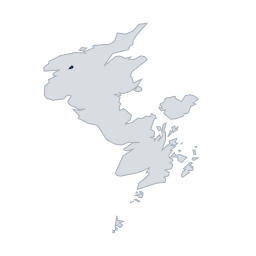 Hounslow highlighted on a map of United Kingdom, rotated 168°
{"feature_id": "GBR-2070", "entity_name": "Hounslow", "entity_type": "London Borough", "adm_level": 1, "iso_a3": "GBR", "parent_name": "United Kingdom", "parent_adm1": "", "projection": "equal_earth", "projection_center": [-0.345, 51.455], "detail": "fine", "context": "in_parent", "style": "filled", "palette": "slate", "viewbox_px": 256, "rotation_deg": 168, "n_neighbors": 0, "source": "natural_earth", "source_scale": "10m", "svg_char_len": 3946}
<svg xmlns="http://www.w3.org/2000/svg" viewBox="0 0 256 256"><g transform="rotate(168 128 128)"><path d="M138.6,193.6L125.1,200.5L121.0,200.0L116.0,196.6L110.6,197.0L112.9,195.2L108.4,193.6L100.3,195.9L96.9,194.3L94.9,190.9L112.3,182.3L115.0,178.1L113.6,176.8L113.4,170.9L104.4,173.0L110.9,166.5L118.7,163.4L125.4,162.7L128.9,164.3L127.9,161.8L129.4,161.1L131.6,163.5L134.2,163.4L129.4,159.5L131.6,155.3L129.9,153.2L132.1,151.0L132.7,146.9L128.1,147.9L121.9,139.7L123.9,135.8L130.4,132.4L122.7,132.5L116.5,135.6L112.1,134.4L108.0,136.0L103.6,134.4L102.1,137.3L98.8,134.2L98.3,131.8L100.1,131.8L106.1,122.3L103.0,118.6L104.1,114.4L107.7,114.2L103.9,112.2L104.6,110.2L98.3,115.1L98.3,111.9L101.8,108.8L95.9,112.7L95.7,117.3L92.8,124.3L89.7,124.8L93.9,116.7L92.2,116.5L93.8,108.5L99.3,99.3L92.2,103.4L85.3,100.0L91.3,97.6L89.4,96.7L93.6,93.1L94.1,90.8L90.8,88.2L90.7,86.6L94.0,85.2L91.7,83.0L93.9,79.2L100.5,79.2L96.9,75.9L98.1,72.9L102.9,72.5L101.8,70.4L103.0,67.2L111.4,68.1L131.5,66.0L129.1,71.5L117.6,77.8L116.9,79.7L119.5,80.3L115.3,84.6L127.6,82.3L145.5,82.4L148.5,84.0L149.8,86.5L138.9,101.5L126.9,106.5L133.2,105.8L136.6,107.3L136.3,108.5L125.9,112.6L119.6,111.4L130.6,114.0L137.3,112.6L144.0,114.9L151.3,121.0L157.5,137.1L165.9,140.8L174.8,148.0L173.0,149.9L177.8,157.7L172.0,155.3L166.1,155.5L171.6,156.1L180.2,162.9L181.5,166.2L176.8,171.1L180.4,173.0L184.7,169.9L195.6,170.7L201.5,174.0L202.9,177.4L200.7,186.3L195.2,189.2L195.9,191.6L187.8,193.9L190.1,194.7L190.0,197.0L182.8,199.0L198.1,201.0L197.9,204.6L192.4,207.2L191.2,209.6L179.4,212.8L164.0,212.8L154.2,210.2L155.4,211.7L144.6,213.6L145.6,215.5L144.5,216.0L129.5,213.8L123.1,215.4L118.7,223.2L110.7,220.2L102.3,222.2L96.0,227.2L87.6,226.5L99.8,217.4L104.8,212.6L105.9,208.6L109.4,207.6L111.2,204.5L127.5,204.1L138.6,193.6ZM84.9,149.3L75.3,149.2L75.5,147.2L70.2,142.6L65.2,147.8L60.9,147.6L57.2,146.2L53.1,141.7L59.1,139.1L56.9,137.2L62.4,135.9L65.2,131.0L67.7,129.8L69.4,130.6L71.8,128.1L79.0,127.1L84.1,127.5L90.0,134.9L87.5,138.2L91.9,137.8L93.5,140.9L93.3,142.0L90.5,139.9L90.6,143.1L92.1,143.3L91.3,145.1L87.9,145.8L84.9,149.3ZM85.7,70.7L83.7,73.8L80.2,75.5L82.1,76.7L74.0,81.5L72.3,80.4L75.7,78.5L72.8,77.1L73.9,76.2L72.4,75.4L73.4,73.2L77.8,73.8L77.2,71.8L85.2,68.3L85.7,70.7ZM85.7,85.9L85.7,89.3L92.5,90.9L87.7,94.2L87.1,91.3L82.9,91.3L76.6,87.0L82.7,83.0L85.7,85.9ZM156.3,32.2L159.3,35.4L160.8,34.9L157.2,44.5L157.3,39.8L152.0,37.7L156.1,36.8L153.4,34.1L156.3,32.2ZM90.2,106.8L82.3,107.7L85.0,104.2L82.4,102.7L85.7,101.3L90.6,104.2L90.2,106.8ZM110.4,161.3L114.4,163.5L109.3,166.7L106.6,164.3L106.5,161.9L110.4,161.3ZM84.7,114.4L85.1,119.4L81.8,120.3L82.0,117.1L79.1,118.6L80.4,115.8L84.7,114.4ZM131.7,57.9L131.4,59.5L135.9,60.4L130.0,61.0L127.3,59.3L128.9,57.1L131.7,57.9ZM99.6,123.2L96.3,122.6L95.8,119.2L98.6,118.8L99.6,123.2ZM159.6,214.3L156.7,216.3L151.8,214.8L155.8,212.6L159.6,214.3ZM87.0,116.5L85.5,115.0L90.9,110.9L89.7,113.0L87.0,116.5ZM70.3,82.7L71.9,83.7L70.5,85.4L65.7,84.2L70.3,82.7ZM69.1,92.9L67.2,92.6L67.0,88.1L69.1,88.3L69.1,92.9ZM160.9,33.8L159.2,32.2L160.2,30.3L161.6,30.9L160.9,33.8ZM136.4,56.4L135.2,56.8L131.8,54.0L132.9,53.6L136.4,56.4ZM130.0,63.2L128.3,63.4L126.7,61.2L128.5,61.3L130.0,63.2ZM164.7,28.8L164.0,30.9L162.6,30.7L162.7,28.8L164.7,28.8ZM140.8,54.9L137.4,55.6L141.1,54.5L140.8,54.9ZM83.3,95.6L82.3,95.8L81.1,94.6L82.8,94.0L83.3,95.6ZM133.9,62.6L132.7,63.8L131.9,62.7L133.9,62.6ZM79.3,101.7L77.2,102.3L80.0,101.0L79.3,101.7ZM66.5,95.6L65.2,95.8L64.7,95.4L66.0,94.6L66.5,95.6Z" fill="#d9dde1" stroke="#a8b0b8" stroke-width="1"/><path d="M172.0,198.4L172.2,198.5L172.3,198.5L172.5,198.5L172.4,198.6L172.2,198.8L171.4,198.9L171.2,199.0L171.3,199.2L170.6,199.3L170.4,199.4L170.4,199.5L170.7,199.6L170.4,199.9L170.2,200.0L170.0,199.8L169.5,199.7L169.4,199.6L169.4,199.3L169.6,199.3L169.7,199.2L169.8,199.0L169.9,198.8L170.1,198.5L170.5,198.6L170.9,198.5L171.5,198.6L172.0,198.4Z" fill="#64748b" stroke="#1e293b" stroke-width="1.5"/></g></svg>